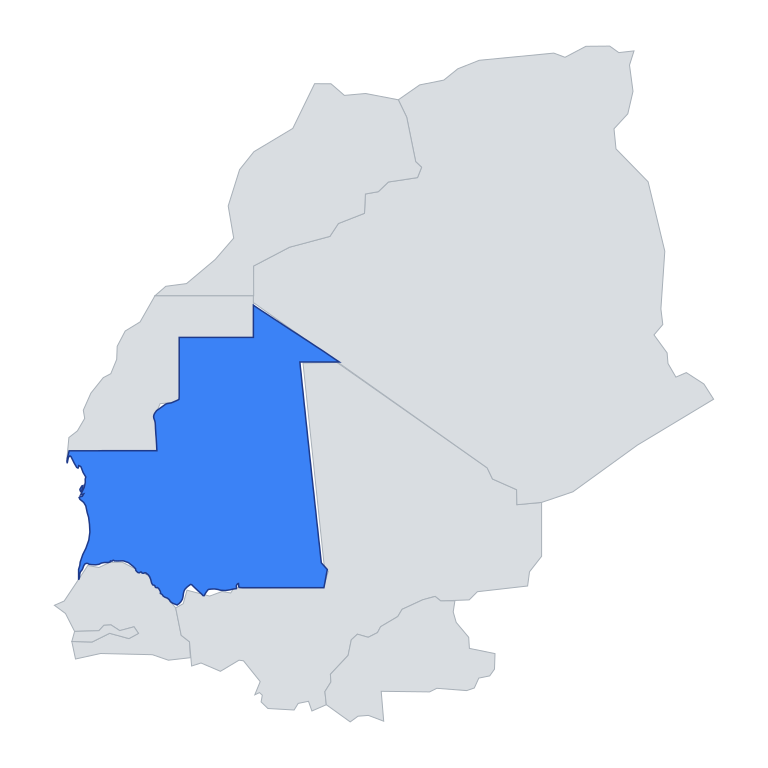 Mauritania shown with its bordering countries
{"feature_id": "MRT", "entity_name": "Mauritania", "entity_type": "country or territory", "adm_level": 0, "iso_a3": "MRT", "parent_name": "Africa", "parent_adm1": "", "projection": "mercator", "projection_center": [-11.622, 21.016], "detail": "fine", "context": "with_neighbors", "style": "filled", "palette": "blue", "viewbox_px": 768, "rotation_deg": 0, "n_neighbors": 7, "source": "natural_earth", "source_scale": "50m", "svg_char_len": 7035}
<svg xmlns="http://www.w3.org/2000/svg" viewBox="0 0 768 768"><path d="M253.7,295.7L253.3,340.2L180.2,338.9L180.9,401.6L160.1,403.7L154.7,416.2L158.9,450.8L71.7,450.7L66.9,458.7L68.9,437.5L77.4,430.9L84.7,418.4L83.3,410.2L90.9,393.1L103.3,377.6L110.8,373.7L116.7,359.4L117.2,346.3L125.2,331.0L140.1,321.9L155.0,295.7L253.7,295.7Z" fill="#d9dde1" stroke="#a8b0b8" stroke-width="1"/><path d="M74.6,631.4L65.5,613.5L54.4,605.3L64.2,601.0L87.8,565.5L98.9,567.5L109.8,562.4L122.2,562.2L147.6,575.1L175.7,607.9L181.2,635.3L189.5,641.8L190.4,657.7L168.4,660.2L152.4,654.7L100.6,653.5L75.5,659.0L71.8,641.5L92.1,642.0L109.6,633.3L128.9,638.6L138.5,633.4L134.0,626.8L119.7,630.6L111.0,624.9L103.9,625.3L98.9,630.7L74.6,631.4Z" fill="#d9dde1" stroke="#a8b0b8" stroke-width="1"/><path d="M191.6,666.0L189.5,641.8L181.2,635.3L175.7,607.9L183.2,603.7L187.0,590.2L209.6,596.1L222.1,591.5L230.7,593.0L234.1,587.9L323.4,587.5L328.3,571.3L324.5,568.5L303.0,363.0L337.0,362.5L487.2,467.9L492.5,479.0L516.6,489.7L516.9,504.7L541.6,502.4L541.6,556.3L529.5,571.8L527.6,586.0L477.4,591.7L469.2,599.9L440.7,600.9L435.1,596.4L422.9,599.7L402.1,609.3L397.8,616.5L380.6,626.7L377.5,632.6L368.2,637.3L357.4,634.2L351.3,639.8L348.1,655.4L330.4,674.3L330.9,682.0L324.9,691.6L326.3,704.7L311.9,711.0L308.5,701.3L298.2,703.4L294.1,710.0L267.9,708.5L261.1,701.9L262.3,695.2L259.5,692.6L254.8,694.8L260.2,681.6L243.5,660.8L239.0,660.2L220.4,671.3L201.0,663.0L191.6,666.0Z" fill="#d9dde1" stroke="#a8b0b8" stroke-width="1"/><path d="M326.3,704.7L324.9,691.6L330.9,682.0L330.4,674.3L348.1,655.4L351.3,639.8L357.4,634.2L368.2,637.3L377.5,632.6L380.6,626.7L397.8,616.5L402.1,609.3L422.9,599.7L435.1,596.4L440.7,600.9L454.9,600.8L453.2,611.9L456.2,622.4L468.7,637.3L469.4,648.4L495.0,653.6L494.5,669.1L489.7,675.9L478.8,678.1L474.3,688.0L466.6,690.6L436.8,688.3L429.6,691.9L381.2,691.3L383.7,721.2L368.4,715.4L358.0,716.2L350.2,721.9L326.3,704.7Z" fill="#d9dde1" stroke="#a8b0b8" stroke-width="1"/><path d="M74.6,631.4L98.9,630.7L103.9,625.3L111.0,624.9L119.7,630.6L134.0,626.8L138.5,633.4L128.9,638.6L109.6,633.3L92.1,642.0L71.8,641.5L74.6,631.4Z" fill="#d9dde1" stroke="#a8b0b8" stroke-width="1"/><path d="M253.3,302.5L253.6,266.0L289.5,247.2L329.9,236.4L338.4,223.5L364.5,213.3L365.4,194.0L378.3,191.7L388.4,182.0L417.5,177.6L421.6,167.3L415.7,161.7L406.7,117.2L398.3,99.8L419.7,84.9L443.8,80.1L457.8,68.8L479.2,60.3L553.8,53.1L565.0,57.3L585.9,46.3L609.7,46.1L618.8,52.6L634.0,50.9L629.5,65.1L633.0,91.3L627.8,113.8L614.0,128.8L616.0,148.9L648.1,181.8L664.8,251.2L660.9,308.9L662.8,324.5L654.0,334.9L667.1,352.9L668.0,363.5L675.9,377.1L686.3,372.6L703.9,384.0L713.6,399.2L637.4,445.1L572.9,491.8L541.6,502.4L516.9,504.7L516.6,489.7L492.5,479.0L487.2,467.9L253.3,302.5Z" fill="#d9dde1" stroke="#a8b0b8" stroke-width="1"/><path d="M165.8,286.3L186.5,283.6L215.2,259.5L233.7,238.1L228.2,206.0L239.6,169.6L253.9,151.7L292.8,128.4L314.6,83.7L331.0,83.8L344.4,95.4L365.6,93.5L398.3,99.8L406.7,117.2L415.7,161.7L421.6,167.3L417.5,177.6L388.4,182.0L378.3,191.7L365.4,194.0L364.5,213.3L338.4,223.5L329.9,236.4L289.5,247.2L253.6,266.0L253.7,295.7L155.0,295.7L165.8,286.3Z" fill="#d9dde1" stroke="#a8b0b8" stroke-width="1"/><path d="M173.3,603.5L172.8,603.3L170.5,601.7L169.3,599.7L167.5,598.2L164.9,597.2L163.2,596.1L162.4,594.8L161.5,594.0L160.4,593.5L160.3,593.1L160.6,592.4L160.3,591.3L158.8,588.7L157.4,587.5L156.2,587.7L155.5,587.3L155.1,586.8L155.0,585.9L154.1,585.2L152.7,584.9L151.6,583.0L150.7,579.4L149.6,576.6L148.2,574.7L147.2,573.9L146.5,573.8L146.2,573.5L146.0,572.9L144.9,572.7L143.4,573.3L142.1,573.1L141.4,572.1L140.5,572.0L139.3,572.8L138.0,572.6L136.5,571.3L135.7,570.1L135.6,568.8L133.1,566.3L128.4,562.6L123.2,560.8L117.5,561.0L114.4,560.9L113.7,560.3L113.0,560.3L112.3,561.0L111.6,561.2L110.8,560.8L110.3,561.1L110.1,562.0L108.1,562.5L104.3,562.5L101.3,563.1L99.0,564.3L95.7,564.8L91.4,564.6L88.9,564.2L88.0,563.5L86.8,563.3L85.2,563.7L83.8,565.6L82.6,568.9L81.5,570.8L80.7,571.3L79.8,573.8L79.4,577.9L78.6,579.8L78.6,569.4L79.8,565.5L80.2,562.1L82.8,554.5L85.9,548.3L88.8,540.1L89.9,532.1L89.5,524.3L88.6,517.3L87.2,512.6L85.8,505.9L83.7,502.4L79.9,499.3L79.1,497.5L80.0,496.8L82.3,496.3L83.7,493.9L80.6,494.9L84.2,487.4L85.3,482.4L85.2,479.1L85.8,477.0L83.1,472.5L81.0,466.9L79.9,466.0L78.7,465.6L78.6,466.9L78.0,468.1L76.7,467.4L74.3,463.3L71.0,456.6L69.9,455.9L68.9,456.8L68.3,457.7L67.2,463.3L66.9,461.1L67.3,458.5L68.1,455.2L69.1,450.8L71.9,450.8L77.0,450.8L82.1,450.8L87.2,450.8L92.3,450.8L97.4,450.8L102.5,450.7L107.6,450.7L112.7,450.7L117.8,450.7L122.9,450.7L128.1,450.7L133.2,450.7L138.3,450.7L143.4,450.7L148.5,450.7L153.6,450.7L156.9,450.7L156.7,447.5L156.6,445.0L156.4,441.6L156.2,438.2L155.9,434.8L155.7,431.6L155.5,428.5L155.4,425.5L155.2,422.8L154.9,421.2L153.8,418.1L153.6,416.6L153.9,415.0L154.6,413.4L156.6,410.6L159.6,408.5L163.1,406.0L165.7,404.1L167.1,403.6L171.2,402.9L174.5,401.5L177.7,400.1L179.0,399.3L179.2,396.7L179.2,393.7L179.2,390.4L179.2,387.1L179.2,383.8L179.2,380.5L179.2,377.1L179.2,373.8L179.2,370.5L179.2,367.1L179.2,363.8L179.2,360.5L179.2,357.1L179.2,353.8L179.2,350.4L179.2,347.0L179.2,343.7L179.2,340.3L179.2,337.4L182.5,337.4L186.7,337.4L190.8,337.4L195.0,337.4L199.1,337.4L203.2,337.4L207.4,337.4L211.5,337.4L215.7,337.4L219.8,337.4L224.0,337.4L228.1,337.4L232.3,337.4L236.4,337.4L240.6,337.4L244.7,337.4L248.9,337.4L253.4,337.4L253.4,334.5L253.4,330.5L253.4,324.9L253.4,319.3L253.4,314.4L253.4,309.4L253.4,305.2L257.5,308.0L261.7,310.8L265.9,313.5L270.1,316.3L274.3,319.1L278.5,321.8L282.7,324.6L286.8,327.3L291.0,330.1L295.2,332.8L299.4,335.5L303.6,338.3L307.8,341.0L311.9,343.7L316.1,346.5L320.3,349.2L323.8,351.5L329.2,355.2L334.2,358.6L339.3,362.0L331.5,362.0L321.1,362.0L314.0,362.0L306.7,362.0L299.9,362.0L300.4,367.6L301.1,373.7L301.7,379.8L302.3,385.9L303.0,391.9L303.6,398.0L304.2,404.0L304.9,410.0L305.5,416.0L306.1,422.0L306.8,428.0L307.4,434.0L308.0,439.9L308.7,445.9L309.3,451.8L309.9,457.8L310.6,463.7L311.2,469.6L311.8,475.5L312.5,481.4L313.1,487.3L313.8,493.2L314.4,499.0L315.0,504.9L315.7,510.7L316.3,516.6L316.9,522.4L317.6,528.2L318.2,534.1L318.8,539.9L319.5,545.7L320.1,551.5L320.7,557.2L321.3,562.8L324.0,565.8L327.3,569.5L326.3,574.7L325.2,580.9L323.9,587.7L319.2,587.7L314.7,587.7L310.1,587.7L305.6,587.7L301.1,587.7L296.5,587.7L292.0,587.7L287.4,587.7L282.9,587.7L278.4,587.7L273.8,587.7L269.3,587.7L264.8,587.7L260.2,587.7L255.7,587.7L251.1,587.7L246.6,587.7L242.4,587.7L239.8,587.5L238.8,587.0L238.5,583.5L237.7,583.7L236.8,584.7L236.3,585.9L236.5,587.3L236.4,588.6L233.4,589.0L229.5,589.9L225.4,590.5L221.2,590.3L219.7,590.0L218.2,589.5L214.9,589.0L213.1,589.0L211.0,589.1L208.6,589.4L207.8,590.0L205.9,592.6L204.1,595.7L203.0,595.6L201.6,594.0L198.0,590.8L193.7,586.7L191.7,584.7L190.6,584.4L188.5,585.9L186.8,587.3L184.9,589.3L184.0,591.2L183.4,593.5L183.1,596.1L182.4,599.2L180.9,601.7L179.1,603.6L177.7,604.5L177.2,605.0L173.3,603.5ZM82.2,489.4L80.8,491.6L80.2,490.8L79.9,489.3L81.2,487.1L81.8,486.0L82.9,485.6L82.2,489.4Z" fill="#3b82f6" stroke="#1e3a8a" stroke-width="1.5"/></svg>